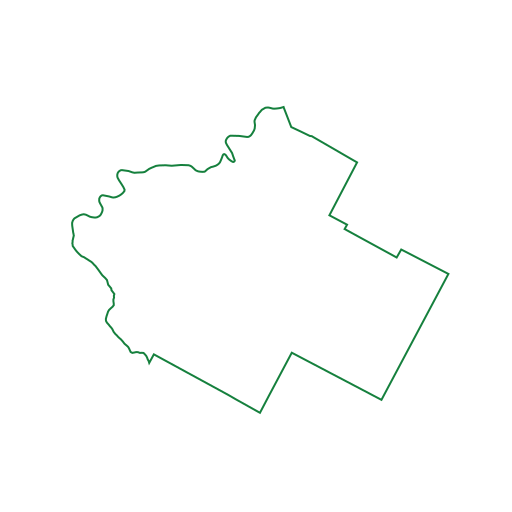 outline of Formosa, Formosa, Argentina, rotated 208°
{"feature_id": "61730980B62878855706265", "entity_name": "Formosa", "entity_type": "district", "adm_level": 2, "iso_a3": "ARG", "parent_name": "Argentina", "parent_adm1": "Formosa", "projection": "mercator", "projection_center": [-58.059, -25.972], "detail": "fine", "context": "isolated", "style": "outline", "palette": "green", "viewbox_px": 512, "rotation_deg": 208, "n_neighbors": 0, "source": "geoboundaries", "source_scale": "gbopen_adm2", "svg_char_len": 4036}
<svg xmlns="http://www.w3.org/2000/svg" viewBox="0 0 512 512"><g transform="rotate(208 256 256)"><path d="M301.6,400.5L302.2,399.9L303.4,398.7L304.4,397.8L305.9,396.7L307.5,395.6L309.3,394.5L310.5,394.0L312.2,393.6L313.8,393.2L315.0,392.8L316.5,391.9L317.4,391.2L319.1,388.4L319.4,388.0L319.6,387.3L320.1,384.9L320.4,384.0L320.6,382.1L320.9,380.0L320.9,379.9L321.1,378.9L321.1,377.3L321.0,377.1L321.0,375.8L320.7,374.5L320.1,373.5L318.3,371.1L317.0,367.9L316.7,365.9L316.8,363.7L316.8,363.1L317.0,361.3L317.2,360.1L317.3,360.0L317.6,359.2L318.1,358.3L318.8,357.5L319.8,356.9L327.3,354.1L332.9,351.3L335.2,350.1L335.9,349.1L336.4,348.1L336.7,347.2L336.9,346.2L336.9,344.9L336.9,344.1L336.6,343.1L335.8,341.9L333.9,340.5L325.5,335.7L324.1,334.4L323.4,333.7L320.6,331.2L319.7,330.5L319.6,330.4L319.5,330.1L319.5,329.6L319.6,329.1L319.9,328.7L320.3,328.3L321.0,328.2L321.8,328.2L322.4,328.2L322.7,328.3L323.7,328.4L325.4,328.7L327.1,329.3L329.4,330.6L330.3,331.0L331.0,331.1L331.4,331.1L332.0,331.0L332.2,330.7L332.3,330.5L332.5,330.3L332.6,329.6L332.6,329.0L332.5,328.4L332.3,327.3L332.2,326.3L332.0,324.6L331.8,321.9L332.0,320.7L332.3,319.7L332.9,318.4L333.9,316.8L335.9,314.7L337.4,313.4L337.6,313.1L338.7,311.4L339.6,309.9L340.2,308.2L340.6,307.0L341.0,306.3L341.9,305.7L342.9,305.1L345.0,304.2L346.7,303.6L348.5,303.4L349.7,303.4L351.4,303.9L354.1,304.6L355.1,304.8L356.4,304.8L358.1,304.5L364.9,301.2L372.8,296.1L378.4,293.7L384.0,290.5L386.6,288.6L388.3,286.5L388.7,286.0L389.4,285.2L391.2,282.8L392.0,281.2L392.3,280.6L392.8,279.6L393.3,278.6L393.9,277.8L394.4,277.4L395.1,276.8L399.9,274.0L402.4,272.4L404.5,271.8L408.4,271.2L414.4,269.0L415.5,268.4L415.9,267.8L416.3,267.3L416.6,266.6L416.9,265.8L417.0,264.7L417.0,264.0L416.8,263.3L416.6,262.5L416.2,261.8L415.8,261.1L415.0,260.2L412.9,258.8L412.6,258.6L408.6,256.4L405.5,254.6L403.9,253.4L403.2,252.9L403.0,252.3L402.8,251.8L402.7,251.7L402.9,250.3L403.2,249.0L403.7,247.7L404.3,246.4L405.1,245.0L406.6,243.0L407.9,241.7L409.5,240.6L410.7,240.2L413.7,239.6L419.6,237.8L420.4,237.3L420.9,236.5L421.2,235.9L421.4,234.9L421.4,234.0L421.3,233.0L420.9,232.2L420.4,231.2L419.8,230.4L419.6,230.2L418.1,229.1L414.4,226.7L413.7,225.8L412.9,224.2L412.6,222.8L412.5,221.3L412.5,219.9L412.6,219.0L413.0,217.8L413.7,216.7L414.4,215.7L415.6,214.7L416.7,214.1L419.5,213.1L421.3,212.7L423.0,212.7L425.6,212.6L427.7,212.0L429.2,210.8L430.8,209.1L433.9,204.1L434.2,203.0L434.3,201.9L434.3,200.9L434.1,199.9L433.9,198.9L433.5,198.2L433.0,197.3L432.7,196.8L432.3,196.2L428.2,190.6L427.7,190.1L426.6,188.6L426.4,188.4L426.4,188.2L426.0,186.7L425.9,186.3L425.4,184.5L425.2,183.5L424.8,182.8L424.5,182.2L424.3,181.7L424.2,181.1L423.5,180.3L423.0,179.5L422.4,178.7L420.7,177.9L419.0,177.0L417.3,176.2L415.5,175.5L413.6,174.9L413.0,174.7L411.8,174.4L410.0,173.9L407.1,174.2L405.2,174.0L403.3,173.9L401.4,173.7L398.5,173.5L396.7,173.0L394.9,172.3L393.0,171.8L390.4,170.6L388.7,169.8L386.1,168.5L384.3,167.6L382.6,166.8L380.8,166.3L378.9,165.8L376.3,164.8L375.0,163.4L373.0,161.2L371.2,160.5L368.6,159.4L367.5,157.9L365.7,157.1L363.2,155.9L362.8,154.1L361.8,152.6L361.5,150.7L360.6,149.0L359.4,147.4L358.5,145.8L358.8,143.9L359.5,142.1L360.4,139.4L360.5,137.4L360.0,134.6L359.7,132.7L359.0,129.9L358.0,128.3L356.4,127.2L353.7,126.2L352.0,125.4L350.2,124.8L348.4,123.9L346.1,122.2L343.6,121.1L341.7,120.6L339.9,119.9L338.1,119.4L336.2,119.0L333.5,118.0L330.9,116.8L328.1,116.2L326.2,115.7L324.6,114.7L323.1,113.5L321.6,112.4L319.7,112.4L318.2,113.6L316.7,114.9L315.0,115.7L313.1,115.9L311.4,116.9L309.8,117.6L307.9,117.0L306.1,116.3L304.5,115.2L303.1,113.9L301.5,112.9L300.1,111.5L300.0,121.2L214.6,120.3L206.8,120.0L178.9,119.4L179.0,139.2L179.0,187.4L136.4,187.6L77.7,187.9L77.7,251.2L77.7,252.7L77.7,260.1L77.7,271.9L77.7,330.5L124.8,330.0L130.8,329.9L131.1,320.7L136.4,320.8L173.5,321.2L190.4,321.4L190.3,326.4L210.3,326.4L210.7,386.1L217.0,386.3L261.5,387.9L263.0,388.0L264.7,387.3L269.7,387.1L275.1,386.9L285.4,386.4L301.1,400.0L301.6,400.5Z" fill="none" stroke="#15803d" stroke-width="2"/></g></svg>